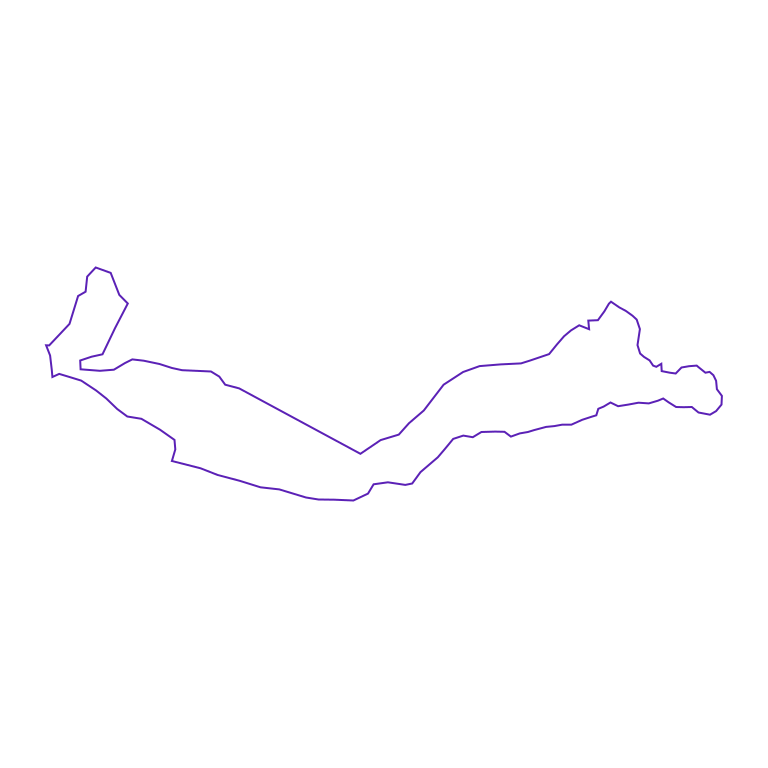 outline of Kato Arodes, Paphos, Cyprus
{"feature_id": "46923920B59475373128367", "entity_name": "Kato Arodes", "entity_type": "district", "adm_level": 2, "iso_a3": "CYP", "parent_name": "Cyprus", "parent_adm1": "Paphos", "projection": "mercator", "projection_center": [32.375, 34.942], "detail": "fine", "context": "isolated", "style": "outline", "palette": "violet", "viewbox_px": 768, "rotation_deg": 0, "n_neighbors": 0, "source": "geoboundaries", "source_scale": "gbopen_adm2", "svg_char_len": 1872}
<svg xmlns="http://www.w3.org/2000/svg" viewBox="0 0 768 768"><path d="M588.3,320.6L589.1,329.2L579.2,325.3L571.0,330.4L564.1,336.2L556.9,344.5L549.1,354.1L529.9,360.6L521.0,363.4L500.5,364.4L479.6,366.1L463.1,372.0L443.6,384.7L433.0,398.5L423.8,410.5L409.0,423.2L398.8,434.6L380.6,440.1L360.4,453.8L239.2,388.4L225.2,384.7L219.3,376.6L211.0,371.5L200.3,371.0L182.1,370.2L172.0,368.0L159.5,364.0L143.7,360.7L132.3,359.4L124.9,363.1L113.9,369.7L99.9,370.8L80.6,369.3L80.2,360.5L91.6,356.7L102.5,354.3L107.0,344.9L115.0,328.2L127.8,303.5L119.3,294.9L110.7,272.9L95.7,267.5L87.2,276.6L85.6,291.7L78.1,296.0L69.5,323.9L49.2,345.4L46.1,345.3L50.1,355.5L51.8,370.1L52.3,375.8L52.4,377.0L59.2,373.9L69.5,377.0L81.2,380.6L96.0,390.4L106.3,398.5L117.2,409.0L127.3,416.5L141.4,418.8L160.0,429.7L174.5,439.9L175.3,449.4L172.0,460.7L171.9,461.0L200.6,468.3L217.7,475.0L239.7,480.8L260.5,487.3L279.3,489.4L306.0,497.5L318.5,499.5L334.4,499.7L353.4,500.5L368.0,493.6L373.6,484.3L387.9,482.3L405.3,484.9L412.2,483.5L420.5,472.1L437.8,457.3L444.7,449.2L453.2,438.9L463.3,435.6L472.8,437.2L481.4,432.0L495.2,431.6L504.5,431.8L510.9,436.6L519.8,433.4L527.9,432.0L534.1,430.1L546.1,426.9L554.3,426.1L562.0,424.7L571.3,424.7L582.2,419.8L591.7,416.7L596.3,415.3L598.3,408.8L603.6,406.6L610.5,402.5L618.1,406.2L628.2,404.6L638.5,402.7L648.8,403.4L657.9,400.7L663.2,398.5L668.6,402.3L676.1,407.0L683.6,407.2L691.8,407.0L698.5,412.5L705.3,413.8L710.0,414.7L716.1,411.1L721.5,404.6L721.9,395.9L716.9,389.2L716.1,380.8L713.4,375.2L709.6,371.9L705.4,372.7L698.7,367.3L696.7,365.6L689.0,366.2L681.5,367.5L675.7,373.5L669.8,372.7L661.7,371.1L661.3,363.8L656.3,366.8L653.1,365.6L649.6,360.4L644.0,356.9L640.1,353.5L637.5,345.1L639.9,329.1L636.7,319.6L632.5,315.7L625.8,310.9L619.3,307.4L611.0,301.7L608.9,303.7L604.4,311.3L597.9,320.2L588.3,320.6Z" fill="none" stroke="#5b21b6" stroke-width="2"/></svg>